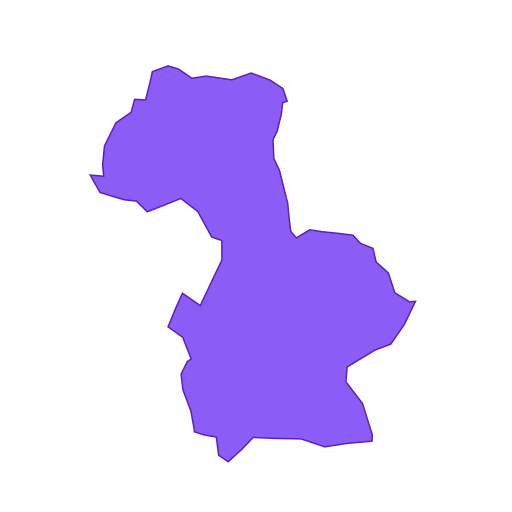 Mamonia, Paphos, Cyprus, rotated 80°
{"feature_id": "46923920B75791166452809", "entity_name": "Mamonia", "entity_type": "district", "adm_level": 2, "iso_a3": "CYP", "parent_name": "Cyprus", "parent_adm1": "Paphos", "projection": "equal_earth", "projection_center": [32.626, 34.767], "detail": "fine", "context": "isolated", "style": "filled", "palette": "violet", "viewbox_px": 512, "rotation_deg": 80, "n_neighbors": 0, "source": "geoboundaries", "source_scale": "gbopen_adm2", "svg_char_len": 1165}
<svg xmlns="http://www.w3.org/2000/svg" viewBox="0 0 512 512"><g transform="rotate(80 256 256)"><path d="M109.0,198.4L95.7,200.5L85.2,211.6L75.0,228.9L78.3,249.3L70.2,273.7L69.8,288.3L58.4,299.9L53.5,309.6L56.4,326.0L66.1,330.0L83.1,337.6L80.7,348.3L92.8,354.0L100.4,370.7L121.3,386.1L139.5,391.2L151.0,392.1L147.5,405.2L166.3,398.6L172.3,387.0L177.8,375.8L181.2,364.2L193.6,355.4L186.3,320.0L202.1,305.6L229.7,296.3L234.8,287.0L253.9,290.2L274.8,305.1L295.2,319.5L279.9,334.9L293.5,344.2L310.5,354.9L323.3,342.3L346.2,337.7L347.9,341.9L359.4,350.3L375.1,351.2L397.7,347.0L418.1,347.0L418.4,347.3L423.2,338.2L427.4,326.5L445.7,327.4L453.8,319.1L444.0,303.7L434.2,290.2L438.5,271.1L444.0,243.2L455.9,221.4L456.3,199.5L458.0,179.6L458.5,173.9L452.5,172.5L419.8,176.7L395.5,189.3L381.1,185.5L369.2,154.8L366.2,138.6L349.2,121.8L328.3,106.8L327.7,112.9L316.3,125.7L295.7,128.6L282.9,138.7L268.8,139.5L261.8,150.9L252.4,156.8L248.2,170.3L243.5,186.9L239.5,198.5L245.2,213.1L237.8,217.5L225.4,216.9L209.4,215.6L192.3,216.9L175.9,218.0L163.1,221.5L144.5,219.1L136.6,213.4L121.2,206.6L109.6,203.1L109.0,198.4Z" fill="#8b5cf6" stroke="#5b21b6" stroke-width="1.5"/></g></svg>